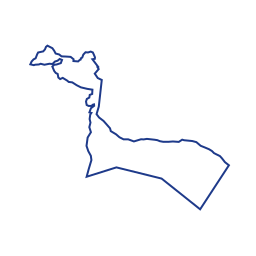 Ellikkala, Karakalpakstan, Uzbekistan, rotated 97°
{"feature_id": "79887680B22143596455299", "entity_name": "Ellikkala", "entity_type": "district", "adm_level": 2, "iso_a3": "UZB", "parent_name": "Uzbekistan", "parent_adm1": "Karakalpakstan", "projection": "orthographic", "projection_center": [61.178, 42.212], "detail": "fine", "context": "isolated", "style": "outline", "palette": "blue", "viewbox_px": 256, "rotation_deg": 97, "n_neighbors": 0, "source": "geoboundaries", "source_scale": "gbopen_adm2", "svg_char_len": 1646}
<svg xmlns="http://www.w3.org/2000/svg" viewBox="0 0 256 256"><g transform="rotate(97 128 128)"><path d="M137.2,94.8L136.5,97.4L136.4,100.2L136.5,107.9L137.4,111.0L137.6,113.7L140.6,120.5L139.2,126.5L139.8,131.0L138.2,135.4L135.7,139.1L133.2,144.7L130.5,145.8L124.0,153.1L121.1,158.0L118.1,160.9L110.3,159.6L83.5,159.9L82.1,164.1L78.1,167.6L73.1,164.3L71.3,165.7L70.9,165.1L64.1,171.7L63.4,169.4L61.9,169.4L59.6,170.7L57.3,172.1L56.7,174.3L57.9,176.9L58.0,179.4L60.6,181.3L63.6,182.0L64.6,183.3L65.8,183.3L66.4,184.3L68.0,185.6L68.2,190.3L66.4,190.4L64.4,193.6L64.6,197.6L65.0,202.7L63.4,205.3L62.9,208.9L60.3,210.7L58.0,212.8L56.1,218.0L57.5,219.3L60.1,220.0L62.3,221.5L64.0,226.4L65.8,227.1L70.1,228.2L71.4,230.1L73.8,231.8L76.7,232.7L77.1,229.1L76.5,227.9L75.8,224.2L74.9,222.5L75.4,218.7L73.8,213.8L73.7,210.8L70.9,208.6L69.8,206.1L67.8,204.2L68.5,201.8L71.8,202.6L73.7,206.7L74.2,208.9L76.2,210.6L80.4,208.2L82.2,206.4L82.9,204.4L86.4,203.3L87.7,201.3L86.2,198.9L88.4,194.1L89.5,192.5L89.5,188.9L91.8,184.1L93.4,179.7L94.1,173.4L94.3,168.0L98.6,167.7L99.8,170.0L102.5,170.1L104.2,172.4L106.9,172.9L110.2,171.8L110.9,169.8L110.6,167.1L109.0,165.5L108.7,164.6L110.1,164.3L112.9,167.2L117.2,168.2L117.5,166.2L119.3,167.1L123.8,167.2L127.2,165.9L131.9,166.5L136.7,164.3L142.4,166.9L150.8,167.0L155.8,164.6L160.1,161.5L164.3,160.4L173.7,162.0L181.4,163.1L168.5,134.7L174.1,88.5L199.9,46.5L152.7,23.3L150.1,27.6L146.6,31.1L144.7,33.3L142.5,39.5L140.6,41.9L139.2,45.0L138.0,49.2L136.8,53.7L133.7,58.4L133.1,62.6L133.3,70.9L133.0,72.8L135.6,75.9L135.9,81.8L136.8,86.3L137.4,91.6L137.2,94.8Z" fill="none" stroke="#1e3a8a" stroke-width="2"/></g></svg>